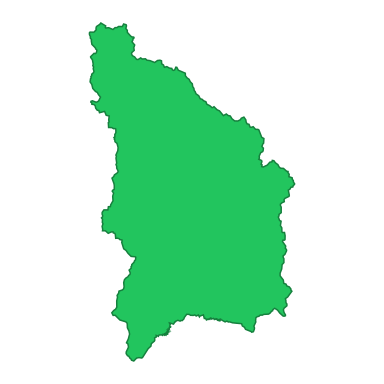 Ngao, Lampang, Thailand
{"feature_id": "78962969B20841547873304", "entity_name": "Ngao", "entity_type": "district", "adm_level": 2, "iso_a3": "THA", "parent_name": "Thailand", "parent_adm1": "Lampang", "projection": "orthographic", "projection_center": [99.933, 18.773], "detail": "fine", "context": "isolated", "style": "filled", "palette": "green", "viewbox_px": 384, "rotation_deg": 0, "n_neighbors": 0, "source": "geoboundaries", "source_scale": "gbopen_adm2", "svg_char_len": 5967}
<svg xmlns="http://www.w3.org/2000/svg" viewBox="0 0 384 384"><path d="M122.5,289.9L119.0,291.1L118.6,293.2L117.1,295.4L117.5,297.2L116.7,300.9L116.8,307.2L115.6,309.2L113.7,310.5L111.8,312.8L113.1,315.4L115.2,315.3L119.9,320.0L125.8,321.8L127.2,323.3L127.4,327.8L129.0,331.1L129.6,334.1L128.3,339.0L126.5,342.8L127.9,343.9L128.5,347.1L126.2,352.0L126.2,353.7L127.5,355.7L128.8,356.3L130.1,358.4L131.2,359.2L131.5,360.2L133.8,361.0L136.6,358.1L138.9,357.6L141.8,358.0L142.6,357.4L148.2,348.6L150.9,346.2L151.3,343.7L154.4,341.1L154.8,340.1L154.6,337.8L156.3,337.0L156.2,335.4L158.4,336.3L158.5,335.5L159.2,335.0L161.6,334.9L162.6,335.4L163.0,334.3L164.4,335.1L164.5,333.7L166.1,333.4L166.2,333.8L165.0,334.6L166.0,335.2L166.4,334.1L167.6,334.2L167.8,332.9L167.0,332.6L168.8,331.9L167.2,331.6L168.1,330.7L167.5,330.1L169.2,329.9L168.3,329.0L169.3,328.7L169.2,327.7L169.7,327.1L170.4,327.3L170.7,326.9L169.7,326.0L170.4,323.8L169.6,323.6L169.4,322.9L173.5,324.1L175.0,321.8L175.5,321.8L176.1,321.0L177.9,320.3L180.1,321.1L180.9,320.5L182.2,320.6L183.9,318.9L184.3,317.5L186.7,314.3L189.2,314.4L190.5,315.3L193.5,315.4L194.7,314.9L196.2,316.0L198.4,315.0L199.4,316.9L200.0,316.0L203.4,314.9L204.3,318.5L205.5,318.4L206.4,319.9L207.2,319.2L207.9,319.6L208.3,319.1L209.2,319.3L209.3,318.7L210.8,317.9L211.4,318.4L211.2,319.1L213.6,318.4L214.3,319.5L215.0,319.1L216.1,319.4L216.2,318.7L217.0,318.9L217.5,319.9L219.4,319.4L218.4,320.5L219.9,320.9L220.4,319.9L221.3,319.8L225.1,321.9L226.9,321.1L228.3,322.0L229.8,321.9L232.5,322.8L241.6,323.7L242.3,325.9L244.5,327.3L245.5,329.3L251.0,331.5L251.7,332.2L253.4,331.7L254.3,329.3L254.5,328.0L253.9,326.1L255.8,322.0L255.6,320.4L255.9,317.6L257.4,316.6L258.9,316.3L260.2,315.1L262.5,315.1L263.7,314.4L268.6,314.1L270.1,313.1L271.6,311.2L272.6,310.8L272.9,309.6L274.7,308.3L277.6,310.1L279.7,313.0L283.0,316.0L284.1,316.2L285.4,315.8L285.5,315.0L284.0,312.4L283.4,309.7L284.1,308.2L286.9,305.8L286.9,304.0L285.9,302.6L285.9,300.6L285.4,298.6L287.6,297.1L291.9,291.2L291.0,290.4L290.9,289.0L289.3,286.9L286.9,286.0L286.0,284.1L283.8,283.4L283.3,280.0L280.1,275.8L280.1,273.2L281.7,269.0L282.1,264.6L283.9,262.6L283.9,258.7L283.2,257.4L283.1,255.9L284.9,254.4L286.6,250.7L286.4,249.4L285.3,248.3L285.7,246.1L282.5,241.5L282.9,240.2L284.6,240.1L285.0,239.6L285.1,235.7L284.5,232.5L282.5,232.5L281.9,231.8L281.8,227.8L280.4,225.6L281.1,221.2L279.6,220.5L278.3,217.0L279.0,215.9L279.0,214.4L281.2,212.7L281.2,207.1L280.4,205.4L280.4,204.2L282.1,202.7L284.3,201.7L284.0,199.6L284.9,198.4L289.0,196.4L289.3,195.2L288.3,190.1L290.0,189.1L290.9,187.3L292.8,187.0L293.2,185.7L294.5,184.4L294.6,183.7L293.5,182.2L293.3,180.5L292.4,179.4L292.1,177.7L288.9,176.7L289.2,174.3L287.7,172.1L288.0,171.5L286.6,171.2L283.5,168.4L280.5,168.2L279.0,166.8L277.9,164.6L275.4,162.8L273.9,160.7L272.3,160.4L272.0,161.8L269.8,162.2L267.3,165.1L263.2,167.0L261.7,166.6L262.1,164.9L261.1,164.3L261.9,161.6L261.6,160.5L258.8,159.3L259.4,158.2L259.2,156.1L260.7,152.7L262.7,151.6L263.1,150.7L263.4,148.2L261.9,146.5L262.9,143.8L263.6,143.2L263.9,138.5L261.7,137.3L258.9,130.0L258.0,129.4L255.5,129.3L253.2,126.7L251.4,127.3L250.1,127.1L249.0,124.3L247.0,123.8L246.1,121.9L245.8,119.8L243.9,117.1L241.3,118.2L240.4,119.7L237.8,121.0L234.6,120.9L231.9,118.7L230.3,116.0L228.1,115.5L226.3,114.0L223.4,115.6L219.4,110.8L217.1,109.8L214.0,106.7L212.7,107.6L212.0,107.6L209.8,105.7L206.8,104.2L205.9,101.7L203.5,100.7L202.3,99.4L200.2,98.7L198.7,95.7L196.0,93.8L195.1,91.5L194.2,90.5L193.9,88.4L192.7,86.6L192.3,83.8L190.3,81.8L189.1,79.3L187.2,78.0L185.4,75.8L185.3,73.2L178.3,70.2L176.8,67.3L175.8,67.2L174.7,69.9L173.6,70.4L172.4,69.9L171.8,68.4L169.4,68.1L166.8,66.6L164.4,67.3L163.5,65.0L161.7,63.8L161.5,60.8L160.0,60.2L157.5,60.5L154.7,62.5L149.9,60.6L146.9,60.2L145.5,58.8L142.2,59.0L140.7,57.9L138.1,59.5L136.6,59.4L134.6,56.9L132.3,55.6L131.5,53.7L131.8,52.6L134.2,50.4L133.8,47.6L134.7,45.0L132.0,41.8L132.9,40.1L132.9,38.9L133.7,38.5L134.0,37.6L133.7,37.1L131.8,36.9L130.5,35.9L127.3,32.3L127.3,30.3L125.8,28.5L126.5,25.9L126.1,24.7L123.6,24.0L122.4,26.5L118.5,26.5L117.0,27.6L115.1,27.6L113.0,29.5L108.7,27.7L105.7,28.0L105.3,27.5L105.7,25.9L100.8,23.0L99.7,24.4L96.5,26.5L96.0,28.1L96.2,29.7L94.3,31.8L93.6,32.2L90.0,32.1L89.4,32.9L89.5,34.7L90.4,36.6L90.3,38.1L91.5,39.6L91.3,40.9L91.9,44.4L95.4,47.9L95.6,48.9L96.6,49.7L96.9,50.5L96.3,52.8L95.3,53.6L94.1,53.3L90.6,56.7L90.7,57.5L92.4,59.8L93.2,64.1L92.8,65.7L93.6,66.9L93.2,68.8L94.0,71.3L93.5,72.6L91.7,74.2L91.7,75.6L90.9,76.6L91.1,78.0L90.5,78.7L90.1,81.9L91.8,84.4L92.8,88.5L95.5,91.5L97.3,92.4L98.5,94.7L100.5,97.1L98.6,101.0L97.3,101.8L96.1,102.2L92.4,100.8L91.0,101.3L90.8,102.1L91.8,102.9L91.9,104.3L93.8,104.5L95.1,105.5L95.7,108.2L97.2,110.2L98.9,110.6L99.5,112.7L104.6,111.4L106.2,115.3L109.2,116.0L108.7,120.0L109.1,121.8L108.3,122.6L108.6,127.5L111.8,127.6L113.6,128.7L115.3,128.6L115.8,129.0L115.9,132.6L114.8,134.5L114.9,136.4L114.0,137.6L114.7,137.9L114.3,139.2L114.8,139.9L115.0,141.7L117.0,143.4L118.1,147.5L117.8,150.7L115.9,155.1L116.4,156.1L116.0,158.1L116.7,163.1L116.0,164.6L116.7,166.2L116.7,168.2L118.0,170.7L118.1,171.7L117.3,172.9L114.4,174.9L113.7,176.6L112.0,178.1L114.0,183.7L114.3,185.9L114.2,189.5L113.0,190.0L112.2,191.1L113.6,193.1L112.7,196.2L113.0,200.8L110.7,204.8L110.4,206.6L108.4,206.7L107.9,209.9L103.9,209.9L102.2,212.3L102.1,214.1L102.7,215.7L102.4,217.1L101.5,217.9L102.5,219.2L102.3,222.4L103.0,223.8L102.1,226.3L102.7,229.4L102.5,230.8L105.4,230.8L108.2,233.3L111.2,232.0L113.0,231.8L113.3,232.9L114.7,233.3L115.3,234.3L115.7,238.3L117.5,238.2L119.3,238.8L120.0,239.7L121.9,239.9L122.1,241.1L121.7,242.3L123.7,248.8L126.0,250.4L128.0,253.3L131.1,256.4L135.3,256.8L135.8,257.2L135.5,259.8L134.4,261.0L134.1,262.2L131.8,264.5L131.6,266.1L131.0,266.8L131.2,268.2L129.1,270.1L130.3,272.9L129.9,274.6L128.7,275.4L128.0,276.7L125.7,278.2L124.4,279.8L123.7,282.6L124.1,286.9L123.6,288.8L122.5,289.9Z" fill="#22c55e" stroke="#15803d" stroke-width="1.5"/></svg>